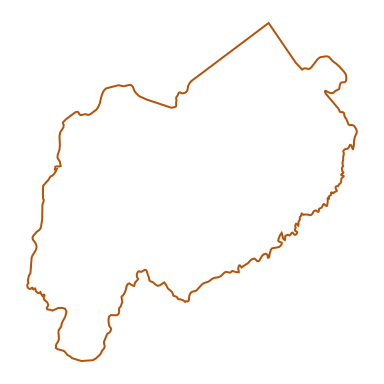 the border of Mbomou
{"feature_id": "CAF-868", "entity_name": "Mbomou", "entity_type": "Prefecture", "adm_level": 1, "iso_a3": "CAF", "parent_name": "Central African Republic", "parent_adm1": "", "projection": "equal_earth", "projection_center": [23.723, 5.441], "detail": "fine", "context": "isolated", "style": "outline", "palette": "amber", "viewbox_px": 384, "rotation_deg": 0, "n_neighbors": 0, "source": "natural_earth", "source_scale": "10m", "svg_char_len": 5922}
<svg xmlns="http://www.w3.org/2000/svg" viewBox="0 0 384 384"><path d="M284.9,240.0L283.6,239.3L283.0,238.1L282.1,234.3L281.6,232.9L280.3,234.8L278.9,237.8L278.2,240.6L279.3,241.8L281.7,242.5L281.8,244.0L280.6,245.8L278.9,247.1L272.1,248.3L270.9,249.7L269.8,253.3L269.5,254.8L269.3,257.0L268.5,257.7L267.9,257.7L267.3,254.6L265.7,253.7L263.8,254.3L262.0,255.9L259.3,260.6L258.3,261.2L257.0,260.9L255.2,259.1L254.1,258.6L252.3,259.0L250.6,260.2L248.2,263.0L243.3,266.1L241.6,267.5L240.2,265.6L239.6,265.3L239.0,265.7L238.6,266.5L238.3,267.8L238.2,269.2L238.7,270.5L238.8,272.2L236.5,272.2L232.4,271.0L231.7,271.2L230.7,272.4L229.9,272.7L226.2,271.8L224.4,272.6L220.8,276.1L218.6,277.2L214.3,277.9L212.4,278.7L208.7,281.5L204.3,283.0L202.2,284.2L196.5,290.4L194.8,291.2L192.5,291.6L190.9,292.6L189.9,294.2L189.2,296.5L188.9,300.0L188.5,301.0L187.7,301.4L185.9,301.3L185.2,301.9L183.6,300.6L181.9,299.8L180.2,299.3L178.3,299.2L176.7,297.0L176.3,296.7L173.4,295.7L172.1,292.1L168.0,288.6L165.6,284.1L164.2,282.4L159.9,285.3L157.6,285.8L155.5,284.6L153.3,282.5L152.1,281.8L150.9,281.5L149.7,280.8L149.1,279.1L148.8,277.2L147.7,274.5L146.7,271.0L145.9,270.0L144.7,269.9L141.3,271.8L140.0,271.7L139.1,271.3L138.3,271.4L137.4,272.7L136.9,274.4L136.8,275.9L137.2,277.5L138.1,278.9L137.3,280.2L135.2,282.4L134.1,285.9L132.5,285.5L129.2,283.4L127.6,284.2L126.7,286.0L125.6,290.4L124.8,292.4L124.0,294.0L123.0,295.4L121.6,296.5L121.6,298.0L122.3,301.9L120.7,306.5L119.4,307.8L119.1,308.5L119.1,311.6L118.9,312.9L118.3,314.2L117.0,315.1L115.0,315.3L110.8,315.1L109.1,316.5L108.5,319.6L108.7,323.2L109.2,325.7L110.9,328.3L111.1,329.3L110.7,330.7L109.8,332.1L108.6,333.2L107.5,333.6L106.8,334.8L104.0,341.7L104.0,343.1L104.6,345.9L104.6,347.0L104.1,348.3L101.9,350.9L101.2,352.9L99.5,355.1L96.1,358.3L92.8,360.2L81.4,361.0L72.2,358.2L70.0,356.3L67.8,355.2L66.9,354.4L64.6,351.4L62.7,350.5L57.9,349.3L55.9,348.0L56.0,347.7L56.0,345.4L56.4,344.1L58.0,341.7L58.7,340.0L58.9,338.8L58.5,332.3L58.6,330.7L59.0,329.7L61.0,326.8L61.3,326.1L61.7,323.5L62.7,321.3L65.2,316.8L66.5,311.5L65.0,308.7L61.8,307.8L58.0,308.1L52.5,310.6L50.3,309.8L47.6,309.4L46.9,308.9L46.8,307.7L48.0,305.9L48.2,304.6L47.2,302.4L44.2,299.7L43.6,297.0L44.5,295.5L44.3,294.7L43.8,294.6L43.1,294.9L42.3,295.7L41.3,294.3L40.4,292.1L38.9,293.1L37.7,292.9L35.8,291.2L35.5,289.2L35.0,288.4L33.5,289.4L33.0,289.1L32.5,287.7L31.9,287.7L30.7,288.8L29.2,288.8L27.8,287.6L27.2,285.5L27.5,284.4L28.5,282.9L27.8,280.8L28.9,275.6L30.3,273.4L30.6,271.4L31.6,257.8L32.2,256.0L35.7,250.3L36.5,248.0L36.4,245.3L35.5,243.2L32.8,239.4L32.5,237.4L33.2,236.0L36.4,232.1L39.2,230.0L40.5,228.5L41.1,226.3L42.2,219.1L42.4,205.2L42.6,203.8L43.5,201.9L43.7,200.4L43.7,199.8L43.3,199.2L43.1,198.5L42.9,193.9L43.1,185.8L48.3,180.0L50.0,177.2L50.7,176.4L52.5,175.5L53.9,174.1L55.8,171.3L56.7,169.1L54.9,169.4L55.4,166.7L57.0,166.3L59.0,166.5L60.7,165.9L59.8,161.5L57.8,158.4L57.5,157.5L57.7,154.8L59.4,150.0L59.9,145.5L59.5,136.2L60.2,132.4L63.4,127.4L63.7,124.7L63.0,123.4L62.8,122.6L63.5,121.8L64.5,120.9L65.9,119.3L75.0,112.5L76.3,111.9L77.7,111.9L78.4,112.4L79.5,114.3L80.2,114.9L81.1,115.1L84.6,114.3L85.8,114.2L87.9,114.9L89.2,114.7L90.8,113.9L96.3,109.7L97.7,108.0L99.8,103.5L101.3,96.7L102.9,92.2L104.3,90.1L106.1,88.4L118.1,85.3L120.1,85.5L122.9,86.2L124.4,86.2L128.5,85.1L129.9,84.9L131.1,85.2L131.8,85.6L132.9,86.8L134.4,90.9L136.2,93.3L139.1,96.1L146.3,99.4L171.2,107.7L174.0,107.3L175.9,106.5L176.2,105.5L176.1,102.5L176.5,100.6L176.1,98.1L176.3,97.3L177.7,95.3L178.6,93.0L179.1,92.6L180.2,92.4L181.7,93.3L182.8,93.3L184.5,93.0L186.0,92.2L187.1,90.9L187.5,89.9L188.1,86.0L190.0,82.5L191.3,81.1L268.6,23.0L295.5,62.4L302.1,69.6L303.1,68.9L304.3,68.4L305.8,68.4L308.6,69.0L310.0,68.5L311.7,66.9L317.5,59.3L319.7,57.5L321.1,57.0L326.5,56.3L328.4,56.7L329.6,57.6L332.1,60.5L333.7,62.0L336.1,63.6L339.5,66.7L343.9,71.6L345.1,73.3L346.0,75.1L346.2,76.7L346.3,78.9L346.0,80.8L345.3,81.8L344.1,82.3L342.3,82.3L341.2,82.6L340.4,83.5L339.8,85.2L339.3,88.5L339.0,89.1L335.5,90.9L333.4,92.8L332.1,93.2L330.4,93.0L328.7,92.4L325.5,90.8L325.0,91.1L324.9,91.8L326.1,94.1L338.4,108.6L340.0,111.8L340.6,112.2L342.4,112.1L343.4,112.5L344.0,113.2L344.2,114.0L344.4,115.8L344.9,117.0L346.4,119.3L347.6,122.1L348.0,123.3L348.7,124.6L349.6,125.2L351.5,124.9L352.7,125.2L354.3,126.1L356.3,129.4L356.8,131.5L356.6,133.3L354.9,136.7L354.1,140.2L353.9,142.5L354.0,144.8L353.0,149.2L352.7,149.1L351.3,145.4L350.5,144.9L350.0,144.9L349.7,145.3L348.8,147.5L348.1,148.4L347.1,148.8L345.5,148.9L343.5,150.5L343.3,151.3L343.8,153.0L343.8,154.1L343.2,156.8L343.2,160.1L342.6,162.0L342.5,162.8L342.9,165.6L342.9,166.5L342.0,167.9L341.9,168.8L342.0,169.7L342.3,171.0L343.4,172.5L343.3,172.8L341.6,174.0L341.2,174.8L341.5,175.1L343.5,175.8L343.7,176.1L343.6,176.5L342.0,177.8L341.4,178.6L341.1,181.9L340.3,183.4L339.0,184.3L338.1,186.0L336.4,186.3L335.7,187.0L335.6,187.5L335.6,188.5L336.7,190.2L336.8,190.5L336.7,191.0L336.0,191.5L334.5,192.0L333.4,193.2L333.0,193.2L331.8,192.4L331.4,192.4L331.1,192.6L331.1,193.9L330.9,195.1L329.6,195.8L329.1,196.3L328.9,198.9L328.6,199.0L327.8,198.2L327.6,198.6L327.7,201.9L327.2,205.3L327.0,205.8L326.6,206.0L325.5,205.4L324.1,204.1L323.7,204.0L323.1,204.7L321.7,207.5L321.0,208.0L319.3,208.6L319.0,209.0L318.8,211.0L318.5,211.7L318.2,211.9L317.8,211.8L316.2,210.6L315.4,210.5L313.8,211.2L313.4,211.8L312.5,213.7L311.3,214.8L310.5,215.2L307.3,214.5L305.1,214.5L303.2,214.8L301.9,213.5L301.6,213.5L301.0,215.8L300.0,216.9L299.8,217.5L299.8,219.7L298.6,221.6L298.4,225.2L298.3,225.7L297.8,225.4L297.3,224.4L296.6,223.8L296.1,223.7L295.8,224.0L295.3,225.2L295.2,226.1L295.7,227.8L295.0,229.3L295.0,230.2L295.2,230.8L295.6,231.2L296.6,231.4L297.2,232.0L297.2,232.7L296.9,233.4L296.0,234.5L295.1,234.9L294.2,234.4L292.8,232.9L292.1,232.6L291.5,233.0L290.9,234.1L289.7,235.5L287.7,234.8L285.5,235.7L285.1,237.2L285.2,239.0L284.9,240.0Z" fill="none" stroke="#b45309" stroke-width="2"/></svg>